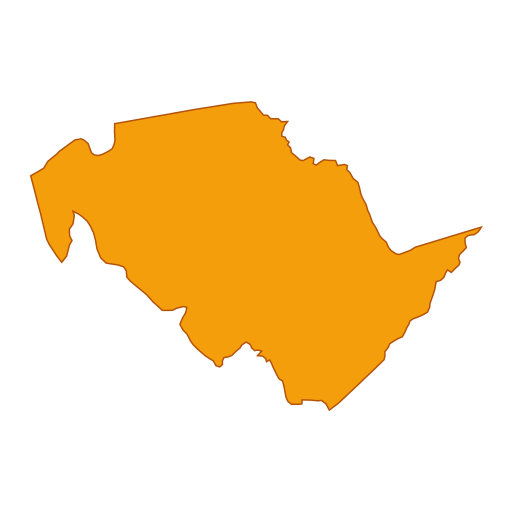 São Francisco do Brejão, Maranhão, Brazil (Mercator projection)
{"feature_id": "56859067B51187735932804", "entity_name": "São Francisco do Brejão", "entity_type": "district", "adm_level": 2, "iso_a3": "BRA", "parent_name": "Brazil", "parent_adm1": "Maranhão", "projection": "mercator", "projection_center": [-47.336, -5.17], "detail": "fine", "context": "isolated", "style": "filled", "palette": "amber", "viewbox_px": 512, "rotation_deg": 0, "n_neighbors": 0, "source": "geoboundaries", "source_scale": "gbopen_adm2", "svg_char_len": 2664}
<svg xmlns="http://www.w3.org/2000/svg" viewBox="0 0 512 512"><path d="M30.7,175.8L34.6,190.7L37.9,203.7L40.4,212.9L46.7,239.3L49.3,244.5L56.9,256.1L61.8,262.3L66.6,256.1L69.5,244.9L72.0,240.5L69.7,236.2L69.3,229.3L73.0,223.9L74.3,215.5L73.0,211.2L79.1,214.3L82.1,216.6L87.0,220.9L90.2,225.8L93.6,232.9L95.5,240.2L97.0,249.0L100.7,257.9L106.2,263.1L118.1,265.0L123.6,266.8L126.3,270.7L126.8,277.1L130.1,280.9L135.2,285.2L146.9,294.9L153.3,302.2L157.0,305.3L162.3,310.4L168.6,310.4L172.6,310.2L176.8,308.2L183.6,306.5L186.8,307.3L185.8,312.4L182.4,318.3L179.9,324.3L182.9,329.9L187.1,334.2L190.7,341.3L193.1,344.6L197.3,348.9L205.2,355.7L209.9,358.8L213.4,361.0L216.0,365.7L219.7,366.9L222.5,364.5L222.3,361.3L223.9,357.6L228.6,356.8L232.1,355.3L235.5,351.7L239.9,348.1L241.8,345.0L246.1,342.0L250.2,344.4L251.7,347.9L254.7,350.6L257.8,350.1L261.7,351.0L257.5,355.7L262.7,356.1L265.7,358.6L266.5,361.7L269.7,359.9L271.6,363.6L273.2,367.5L276.5,374.2L279.0,378.8L282.6,381.0L284.2,387.4L286.0,397.2L287.9,401.4L291.5,404.3L298.1,404.3L301.9,403.9L302.1,399.9L310.7,400.1L318.1,400.8L321.3,400.4L326.0,403.8L329.3,410.1L338.3,403.3L360.6,382.3L365.4,377.6L370.9,372.5L384.0,359.8L384.9,356.1L384.9,351.7L388.4,347.1L389.6,343.9L393.4,341.3L398.0,338.6L402.3,336.8L405.1,331.7L406.9,327.6L409.0,323.9L410.0,320.9L413.3,318.7L417.2,317.3L420.7,315.8L424.1,314.2L427.5,312.1L429.7,307.3L430.0,303.4L431.6,298.9L432.8,295.6L434.7,289.6L436.2,281.6L440.4,280.4L443.8,277.5L445.5,273.2L447.4,269.9L451.3,272.4L455.9,267.8L458.8,265.2L460.0,262.3L458.5,258.6L459.5,254.6L462.9,251.3L466.4,247.6L465.1,243.2L464.9,238.3L467.6,235.8L470.6,234.9L474.0,234.7L477.5,232.4L479.6,230.0L481.3,227.1L415.3,247.2L410.0,250.5L399.1,254.5L395.8,253.8L390.8,250.3L388.4,247.1L386.3,242.2L381.8,238.3L379.8,235.9L375.9,227.8L372.4,222.3L369.5,214.1L367.8,210.5L366.1,204.5L363.1,199.2L361.0,194.6L359.4,187.4L357.9,182.4L353.2,178.5L349.8,172.5L346.7,169.6L347.4,165.6L344.4,164.5L337.5,165.6L335.5,160.5L329.4,160.4L323.9,159.8L319.3,162.7L316.1,165.2L313.2,163.6L313.9,158.4L309.8,157.0L303.1,160.6L299.9,160.0L297.5,157.7L294.6,155.2L291.5,152.7L290.6,147.9L287.6,144.9L289.1,142.0L286.4,140.2L285.3,137.3L281.8,136.2L281.8,132.7L283.5,129.7L284.2,126.1L287.6,121.5L281.5,121.8L278.2,118.8L270.6,118.7L267.4,115.3L263.5,115.1L260.8,111.9L257.3,107.9L255.4,102.8L251.0,101.9L233.5,103.3L194.6,109.5L114.7,123.7L114.5,131.3L115.0,140.3L114.0,144.7L112.2,148.7L108.9,151.0L102.6,154.3L98.4,155.5L94.5,155.0L91.7,153.0L90.4,150.0L88.2,143.7L84.0,140.1L81.0,138.8L74.8,140.0L59.0,151.6L56.9,154.0L47.9,161.3L43.7,168.3L30.7,175.8Z" fill="#f59e0b" stroke="#b45309" stroke-width="1.5"/></svg>